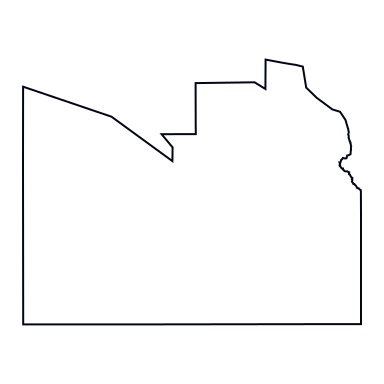 Nipa/Kutubu District, Southern Highlands, Papua New Guinea
{"feature_id": "67681753B17262942847842", "entity_name": "Nipa/Kutubu District", "entity_type": "district", "adm_level": 2, "iso_a3": "PNG", "parent_name": "Papua New Guinea", "parent_adm1": "Southern Highlands", "projection": "robinson", "projection_center": [143.536, -6.456], "detail": "fine", "context": "isolated", "style": "outline", "palette": "ink", "viewbox_px": 384, "rotation_deg": 0, "n_neighbors": 0, "source": "geoboundaries", "source_scale": "gbopen_adm2", "svg_char_len": 1180}
<svg xmlns="http://www.w3.org/2000/svg" viewBox="0 0 384 384"><path d="M306.2,87.6L302.8,66.6L295.9,64.9L290.6,64.1L281.7,62.6L265.6,59.6L265.4,89.0L254.6,82.3L195.6,83.1L195.7,123.7L195.8,134.1L161.6,134.2L172.6,147.4L172.4,161.1L111.5,116.7L23.1,86.7L23.0,162.5L23.2,324.4L142.3,324.4L349.2,324.1L361.0,324.1L361.0,214.8L360.9,191.9L360.8,190.1L359.7,189.5L358.5,188.2L357.3,188.2L356.0,185.8L355.2,185.2L354.3,183.9L353.4,184.0L352.9,182.8L351.9,181.7L352.4,180.0L351.8,179.1L352.4,178.0L351.0,176.9L349.9,174.6L349.0,174.2L349.2,172.3L348.1,171.9L347.1,171.3L345.4,171.4L344.6,171.1L343.5,169.8L343.0,169.6L343.0,168.5L341.7,168.4L340.5,166.8L340.2,165.8L339.6,165.7L339.5,165.2L340.1,164.3L339.5,162.6L340.3,162.7L341.3,159.7L342.1,159.3L342.9,157.9L345.2,158.5L346.5,158.2L347.2,155.5L348.6,155.2L349.5,154.8L350.6,154.0L350.7,151.1L351.0,150.1L350.9,147.7L351.2,146.6L350.8,145.4L350.8,144.1L350.3,143.2L350.5,142.4L349.8,141.8L349.8,140.9L349.4,140.5L349.1,138.9L348.6,137.9L348.8,136.0L348.2,134.4L348.7,132.7L348.8,131.8L348.2,129.8L348.2,128.7L347.9,128.3L345.5,120.0L340.1,111.8L332.3,109.4L316.7,97.8L306.2,87.6Z" fill="none" stroke="#020617" stroke-width="2"/></svg>